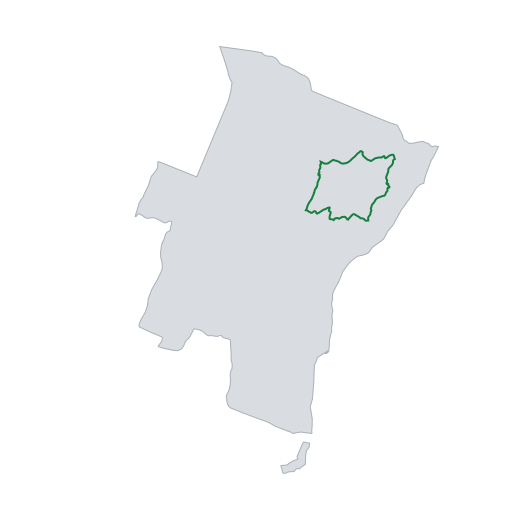 location of Huíla within Angola, rotated 202°
{"feature_id": "AGO-1891", "entity_name": "Huíla", "entity_type": "Province", "adm_level": 1, "iso_a3": "AGO", "parent_name": "Angola", "parent_adm1": "", "projection": "equal_earth", "projection_center": [15.141, -14.853], "detail": "fine", "context": "in_parent", "style": "outline", "palette": "green", "viewbox_px": 512, "rotation_deg": 202, "n_neighbors": 0, "source": "natural_earth", "source_scale": "10m", "svg_char_len": 7393}
<svg xmlns="http://www.w3.org/2000/svg" viewBox="0 0 512 512"><g transform="rotate(202 256 256)"><path d="M382.8,247.3L383.2,250.9L383.6,256.1L383.9,259.8L384.2,261.4L384.3,262.3L383.9,263.2L383.6,265.4L383.0,267.4L382.6,268.8L382.9,271.3L382.3,278.7L382.2,282.3L382.9,288.9L382.8,290.9L381.0,296.9L380.5,299.9L380.4,301.5L382.1,305.9L382.0,306.8L380.6,307.1L379.5,307.1L340.6,307.1L339.8,383.3L339.8,389.8L340.9,398.3L343.1,407.6L344.0,408.5L346.2,410.2L349.4,413.7L351.1,416.4L354.7,420.9L359.5,426.8L368.1,436.6L338.7,444.0L327.4,446.6L326.4,446.6L324.8,445.6L321.2,445.4L316.9,446.8L313.6,447.1L311.1,446.5L308.7,445.3L306.3,443.5L302.2,442.8L296.4,443.3L290.8,443.0L285.4,441.8L281.5,441.3L279.2,441.5L276.7,441.1L274.0,440.1L271.8,438.4L269.2,434.7L267.1,431.1L266.6,430.6L265.9,430.1L265.2,429.9L253.7,429.8L183.0,429.6L174.8,430.2L174.2,430.1L173.2,429.6L172.5,428.9L170.1,426.9L168.1,425.3L165.4,422.8L163.6,420.0L162.1,419.1L159.4,418.6L157.4,418.1L155.8,417.9L153.0,419.3L150.8,420.6L149.3,421.9L146.7,423.3L144.4,424.8L140.5,424.6L139.7,424.8L137.5,424.7L135.4,423.4L133.4,423.5L131.1,425.1L127.8,425.8L128.5,415.3L129.3,410.6L129.3,405.1L128.7,390.6L128.1,388.7L127.7,386.3L129.7,384.6L130.8,383.2L132.2,380.8L133.2,377.5L134.3,370.0L138.5,353.0L140.5,336.2L143.1,328.3L144.0,319.4L151.2,307.9L153.0,300.8L156.7,297.3L162.0,293.6L165.8,287.1L167.6,282.5L169.7,273.8L169.6,264.6L170.9,252.4L170.6,248.9L168.6,244.0L168.3,240.5L166.4,237.1L164.4,234.5L163.5,229.9L160.1,222.6L159.1,217.8L157.5,214.3L157.2,210.0L156.3,205.4L154.7,200.9L153.0,195.8L153.0,194.2L154.0,192.2L155.0,191.6L154.7,192.6L154.0,193.7L154.2,194.6L160.6,185.6L161.0,183.8L160.8,181.8L160.7,179.4L161.0,176.6L154.9,159.9L150.1,144.4L149.2,136.5L142.9,126.2L140.3,119.5L138.9,114.8L137.8,113.0L138.2,112.1L139.9,111.9L143.5,110.8L148.5,109.6L153.1,106.8L154.3,105.6L156.8,105.4L159.3,106.1L160.2,105.6L160.7,105.5L166.6,105.5L169.0,105.4L173.5,105.4L176.4,105.6L178.0,105.9L182.4,106.4L187.8,106.3L189.8,106.1L196.9,105.9L210.3,105.6L217.4,105.6L222.7,105.6L225.2,106.6L227.4,108.5L228.4,110.2L228.9,110.9L229.6,112.7L230.8,114.1L231.2,116.3L230.8,119.3L231.0,122.8L231.7,127.0L233.2,131.4L235.4,135.9L236.4,139.6L236.1,142.3L236.8,145.1L238.4,148.1L239.7,149.7L240.4,150.9L242.2,155.5L248.3,168.3L249.3,168.9L250.6,168.7L253.4,168.2L256.3,168.1L258.3,169.2L259.1,169.0L262.1,166.8L265.1,166.1L268.3,165.2L269.9,164.3L271.8,164.3L277.0,166.1L277.9,166.2L282.1,166.2L286.3,165.2L286.9,157.8L287.0,156.4L288.0,153.6L289.3,151.2L289.4,148.9L289.4,145.7L290.3,141.9L293.1,138.9L297.6,137.4L300.2,137.1L304.2,136.3L310.4,135.4L312.7,135.5L312.9,136.0L311.5,141.3L311.5,143.0L312.0,144.7L313.0,145.7L325.3,145.9L337.0,146.5L337.7,146.7L338.2,147.1L338.9,149.7L338.7,154.9L337.6,162.3L338.0,169.3L339.9,175.8L340.1,185.8L338.4,199.2L338.0,207.7L338.9,211.2L340.8,214.9L343.7,218.8L345.9,223.8L347.5,230.0L348.0,233.9L347.6,235.5L347.6,238.2L348.1,242.2L347.5,244.8L345.9,246.1L345.3,247.8L346.1,251.2L346.3,254.3L347.4,256.3L348.1,256.5L349.8,255.4L351.7,253.3L353.3,252.4L355.5,252.6L358.6,253.1L364.1,253.3L365.8,253.0L370.9,250.2L372.2,250.0L374.2,250.3L377.1,251.1L380.0,251.3L381.4,250.4L381.5,249.3L382.0,247.8L382.8,247.3ZM154.4,70.7L154.1,71.2L151.8,72.4L149.3,73.6L146.0,78.4L144.4,80.5L143.9,81.0L142.4,82.1L141.3,83.1L141.3,83.7L142.1,84.3L142.8,85.3L142.7,93.1L142.4,100.8L142.0,101.5L140.0,101.7L137.2,102.3L136.3,102.6L136.0,101.9L135.1,99.0L135.6,96.4L136.2,94.4L135.5,90.3L134.1,86.7L132.6,82.1L132.2,81.2L133.4,79.7L135.3,76.5L136.1,74.8L138.3,74.4L139.1,73.2L139.7,71.4L139.9,70.3L142.3,69.4L145.3,67.8L146.9,66.0L148.6,64.9L149.7,64.9L150.3,65.3L152.3,68.3L153.9,70.3L154.4,70.7Z" fill="#d9dde1" stroke="#a8b0b8" stroke-width="1"/><path d="M226.9,317.1L226.7,318.7L226.7,319.2L226.8,319.8L227.0,322.2L227.0,322.5L226.7,325.7L226.7,325.8L226.4,326.5L226.3,327.1L226.3,327.3L226.1,328.1L226.1,328.6L226.1,328.9L226.0,329.0L225.8,329.5L225.7,329.8L225.7,330.0L225.7,330.4L225.8,330.7L225.8,330.8L225.7,335.4L225.9,336.1L226.0,336.3L226.0,336.6L225.9,336.8L225.8,337.1L225.8,337.4L225.9,337.7L226.2,338.9L226.2,339.3L226.2,339.6L226.0,340.2L225.9,341.8L225.9,342.0L225.7,342.1L225.5,342.3L225.5,342.5L225.8,345.2L225.9,345.6L226.2,346.4L226.4,347.1L226.4,347.5L226.4,347.8L226.3,348.0L226.3,348.6L226.4,349.2L226.4,349.7L226.3,349.9L226.3,350.3L226.3,352.7L226.4,353.0L226.5,353.3L226.9,353.9L227.4,354.3L228.0,354.4L227.8,354.9L227.7,355.0L228.4,355.1L228.6,355.2L228.7,355.3L228.9,355.5L229.0,355.7L228.8,355.8L228.6,356.5L228.4,356.9L228.5,357.1L229.3,358.5L229.5,359.0L229.6,359.7L229.4,361.3L229.4,361.9L229.5,362.3L230.0,363.1L230.1,363.3L230.2,363.5L230.3,363.7L230.5,364.0L230.6,364.5L230.6,364.9L230.3,365.2L230.2,365.4L230.3,365.8L230.5,366.3L231.4,367.7L229.0,367.6L228.0,367.4L227.3,367.3L226.6,367.5L224.7,368.3L223.7,369.1L223.2,370.0L220.7,373.8L220.2,374.1L218.6,374.1L218.0,374.2L217.1,374.4L213.6,374.4L213.1,374.2L212.4,373.9L212.1,373.9L210.4,374.1L209.8,374.3L208.4,375.2L207.8,375.5L206.3,376.7L204.6,379.1L202.9,383.0L201.9,384.6L200.2,389.1L199.1,390.8L198.6,392.1L198.1,392.5L197.7,392.6L195.9,392.2L195.7,391.0L195.4,390.4L195.1,389.9L194.3,389.1L191.9,388.1L189.1,387.2L188.1,387.1L187.6,387.2L186.7,387.2L186.2,387.1L185.3,387.0L184.9,387.4L184.6,387.6L182.2,391.1L181.8,391.4L179.6,393.0L177.8,393.9L176.8,394.2L176.5,394.4L176.1,394.8L175.4,396.0L175.0,396.4L174.6,396.6L174.3,396.5L174.0,396.2L173.7,395.8L173.3,395.3L172.8,395.1L172.2,395.4L171.6,396.2L170.0,398.9L169.5,399.5L168.9,400.0L168.2,400.6L166.9,401.2L166.4,401.2L165.4,400.2L164.9,399.5L163.6,397.9L164.0,397.6L164.2,397.3L164.6,396.2L164.5,395.3L163.9,393.6L163.9,393.0L163.9,392.4L164.0,391.5L164.2,390.9L165.6,387.4L165.8,386.7L165.8,386.0L165.0,383.6L164.9,377.9L164.2,376.5L163.5,376.0L163.0,375.6L162.7,375.1L162.4,374.4L162.3,372.7L162.2,372.2L161.8,371.8L161.4,372.0L160.9,372.4L160.5,372.4L160.1,372.0L160.0,371.4L159.8,370.8L159.4,370.5L158.5,370.4L158.1,370.0L158.1,369.5L158.4,369.0L159.2,368.5L159.4,368.1L159.4,367.6L158.6,365.8L158.6,365.2L158.7,364.8L159.2,363.8L159.2,363.3L159.1,361.3L159.3,360.5L159.7,359.9L160.1,359.7L160.5,359.5L161.0,359.1L164.8,355.6L165.4,354.8L165.8,354.1L166.2,352.8L166.3,352.1L166.4,351.5L166.6,349.9L167.6,347.4L167.3,342.9L166.9,342.4L166.5,342.1L166.1,341.4L166.0,340.9L166.2,339.9L165.6,337.4L165.9,335.9L166.2,335.1L166.3,334.7L166.4,334.0L166.3,333.3L166.0,332.7L165.7,332.2L165.5,331.8L165.2,330.9L167.4,329.9L167.9,329.9L168.6,330.2L169.1,330.5L169.6,330.7L170.3,330.8L171.3,330.8L172.8,330.3L173.3,330.2L173.7,330.3L174.7,330.8L175.2,330.9L176.0,330.9L180.5,331.6L181.6,331.1L182.3,329.9L183.7,326.1L184.0,325.5L184.1,325.1L184.2,324.3L184.8,324.1L185.1,324.2L185.9,324.6L187.5,325.5L188.4,325.6L190.4,324.6L190.9,324.3L191.4,323.7L192.2,322.5L193.2,321.6L194.2,321.8L194.6,321.8L196.9,320.4L197.4,318.4L198.3,318.7L201.0,318.0L201.6,318.0L202.2,319.1L202.5,319.9L202.6,320.6L202.9,323.9L203.2,324.6L203.6,324.9L204.6,324.9L205.0,325.0L205.4,325.2L205.5,325.7L205.6,326.3L205.6,327.7L205.7,328.3L205.9,328.5L206.2,328.5L207.8,327.3L208.2,326.8L208.9,325.6L210.6,324.4L214.1,319.4L215.1,318.3L215.4,318.2L215.8,318.2L216.1,318.4L217.0,319.3L217.4,319.6L217.9,319.6L218.7,319.4L219.0,319.1L220.0,317.4L220.4,317.0L221.0,316.7L221.6,316.6L222.3,316.9L224.1,317.0L224.9,317.2L225.5,317.4L226.9,317.1Z" fill="none" stroke="#15803d" stroke-width="2"/></g></svg>